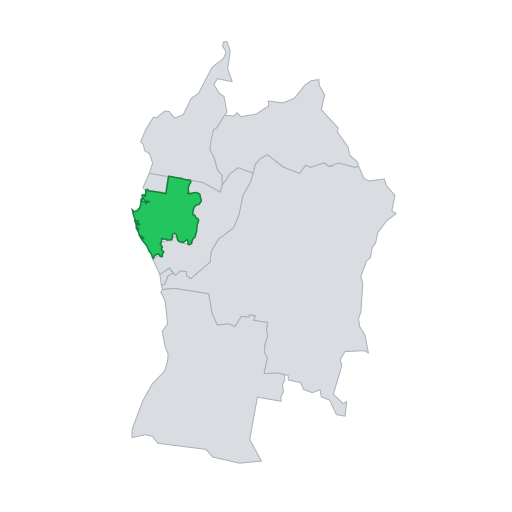 Gabon highlighted among its neighbors, rotated 9°
{"feature_id": "GAB", "entity_name": "Gabon", "entity_type": "country or territory", "adm_level": 0, "iso_a3": "GAB", "parent_name": "Africa", "parent_adm1": "", "projection": "natural_earth1", "projection_center": [11.622, -0.807], "detail": "fine", "context": "with_neighbors", "style": "filled", "palette": "green", "viewbox_px": 512, "rotation_deg": 9, "n_neighbors": 6, "source": "natural_earth", "source_scale": "50m", "svg_char_len": 7040}
<svg xmlns="http://www.w3.org/2000/svg" viewBox="0 0 512 512"><g transform="rotate(9 256 256)"><path d="M365.7,266.1L368.3,294.7L367.1,301.7L369.4,309.5L376.0,317.0L382.1,334.0L377.5,332.6L358.8,336.5L355.4,345.1L357.9,351.0L354.0,380.5L365.1,388.1L368.3,385.7L369.0,400.2L360.2,400.1L351.4,386.9L342.6,385.0L340.1,378.0L333.0,382.2L323.8,380.3L320.0,374.2L307.2,373.3L306.6,369.1L297.4,368.0L282.3,370.9L283.1,354.9L279.3,349.9L278.5,341.6L280.2,333.5L277.9,328.3L277.8,319.8L263.7,320.0L264.7,315.1L258.8,315.2L258.2,317.5L251.0,318.0L246.3,329.2L239.9,327.3L228.4,330.3L221.3,318.9L215.2,300.8L180.9,300.7L168.7,303.8L167.1,299.7L170.1,298.2L172.3,288.9L176.5,286.1L179.6,287.5L183.6,282.3L189.9,282.4L190.6,286.3L195.0,288.6L211.5,269.3L211.1,258.3L216.2,245.2L229.2,231.8L230.5,227.5L232.7,217.9L233.5,198.4L239.3,182.8L241.0,165.3L245.5,158.5L251.7,154.1L268.7,163.7L285.8,167.6L290.9,158.5L296.2,159.8L309.0,153.1L313.6,156.0L317.4,155.6L319.1,152.3L323.4,151.1L339.6,152.9L343.4,151.4L350.5,162.5L355.8,164.2L370.7,159.9L373.5,165.7L383.8,174.6L383.1,190.3L387.8,192.2L379.6,200.5L372.7,213.8L372.1,224.6L369.4,229.7L369.3,239.8L365.9,243.6L362.8,260.0L365.7,266.1Z" fill="#d9dde1" stroke="#a8b0b8" stroke-width="1"/><path d="M193.7,48.8L198.4,57.4L198.8,75.3L205.1,87.5L190.1,87.0L187.6,93.4L194.4,101.2L199.5,103.5L204.8,118.3L197.2,135.6L194.4,138.1L193.8,158.2L199.3,165.2L204.5,177.0L209.9,181.3L211.6,191.3L210.8,198.6L192.2,191.8L137.7,191.1L139.4,180.5L134.8,171.6L129.5,169.3L127.2,163.3L124.2,161.4L127.4,148.1L132.9,135.1L136.2,135.0L143.2,127.1L147.6,126.9L154.1,132.5L162.0,127.9L167.5,110.1L173.7,104.6L183.1,76.5L192.9,66.1L194.7,59.2L190.1,53.8L190.5,49.6L193.7,48.8Z" fill="#d9dde1" stroke="#a8b0b8" stroke-width="1"/><path d="M343.4,151.4L339.6,152.9L323.4,151.1L313.6,156.0L309.0,153.1L296.2,159.8L290.9,158.5L285.8,167.6L268.7,163.7L251.7,154.1L245.5,158.5L241.0,165.3L239.9,174.7L224.6,171.7L217.7,178.8L211.6,191.3L209.9,181.3L204.5,177.0L199.3,165.2L193.8,158.2L193.5,148.5L194.4,138.1L197.2,135.6L203.0,122.0L212.6,121.0L214.7,117.5L219.5,120.8L234.1,115.7L245.0,105.7L243.8,101.0L258.3,100.6L269.1,94.4L277.4,79.7L283.2,74.2L290.5,71.9L291.9,77.7L298.6,86.1L297.7,101.4L317.0,116.6L317.1,120.9L329.8,133.8L332.8,141.8L341.5,147.2L343.4,151.4Z" fill="#d9dde1" stroke="#a8b0b8" stroke-width="1"/><path d="M239.9,174.7L239.3,182.8L233.5,198.4L232.7,217.9L230.5,227.5L229.2,231.8L216.2,245.2L211.1,258.3L211.5,269.3L195.0,288.6L190.6,286.3L189.9,282.4L183.6,282.3L179.6,287.5L172.2,281.5L164.0,289.5L154.5,275.3L163.3,267.9L158.9,259.0L162.9,255.6L170.7,254.0L171.7,248.0L177.9,254.5L188.1,255.0L191.7,248.7L193.2,239.7L191.9,229.2L186.4,221.3L191.4,205.7L188.5,203.0L179.9,204.1L176.6,197.2L177.5,191.3L192.2,191.8L210.8,198.6L211.6,191.3L217.7,178.8L224.6,171.7L239.9,174.7Z" fill="#d9dde1" stroke="#a8b0b8" stroke-width="1"/><path d="M137.7,191.1L156.6,191.4L156.7,207.6L135.9,208.2L133.7,206.2L137.7,191.1Z" fill="#d9dde1" stroke="#a8b0b8" stroke-width="1"/><path d="M176.5,286.1L172.3,288.9L170.1,298.2L167.1,299.7L164.0,289.5L172.2,281.5L176.5,286.1ZM168.7,303.8L180.9,300.7L215.2,300.8L221.3,318.9L228.4,330.3L239.9,327.3L246.3,329.2L251.0,318.0L258.2,317.5L258.8,315.2L264.7,315.1L263.7,320.0L277.8,319.8L277.9,328.3L280.2,333.5L278.5,341.6L279.3,349.9L283.1,354.9L282.3,370.9L297.4,368.0L302.6,368.8L303.8,373.0L302.4,379.5L304.4,385.8L302.6,390.9L303.5,395.5L279.5,395.3L278.5,438.2L293.4,457.7L272.3,463.2L244.6,461.3L236.7,454.8L188.5,456.4L181.7,450.3L174.3,449.9L161.9,454.7L160.8,446.2L167.0,416.2L173.5,398.6L183.8,383.8L185.1,373.8L184.5,366.2L181.0,361.3L175.1,345.1L179.3,337.0L173.4,315.0L167.6,306.4L168.7,303.8Z" fill="#d9dde1" stroke="#a8b0b8" stroke-width="1"/><path d="M180.0,192.7L180.0,193.7L179.0,196.0L178.6,197.8L178.5,199.6L178.8,201.2L179.2,202.2L179.5,203.4L179.3,204.3L178.8,204.6L179.1,205.0L179.8,205.1L180.9,204.8L182.7,204.1L185.0,203.2L186.5,202.7L189.0,203.0L190.3,203.4L191.0,204.0L191.8,206.7L192.1,207.1L192.7,208.3L193.2,209.7L193.3,210.4L193.3,210.9L192.8,211.6L192.2,212.7L192.0,213.4L191.5,213.9L190.9,214.4L189.3,214.6L189.0,214.9L188.5,216.1L187.6,217.0L187.2,218.0L186.9,219.2L187.0,220.8L186.8,223.0L186.6,224.5L187.0,225.1L189.0,225.4L189.4,225.7L190.0,226.7L190.6,227.5L192.5,228.1L193.2,228.8L193.7,229.5L193.8,230.1L193.4,232.5L193.0,234.9L193.2,236.6L193.3,238.3L193.5,240.8L193.4,242.3L192.9,243.2L192.9,243.9L193.1,244.8L192.7,247.2L192.4,247.6L191.6,248.1L191.2,248.7L191.0,249.7L190.6,251.1L190.1,251.6L190.1,252.3L190.6,252.7L190.5,253.5L189.7,254.3L189.2,255.0L188.2,255.3L186.9,254.9L186.6,254.5L186.9,253.7L186.8,253.1L186.4,252.5L185.7,250.9L185.1,250.6L184.8,251.2L183.8,252.4L182.0,254.0L180.8,254.1L178.5,253.7L176.5,252.9L175.6,251.1L175.0,249.5L174.2,247.8L173.3,246.9L172.3,246.4L171.9,246.4L170.4,247.3L170.0,247.7L170.0,248.6L170.1,249.3L170.4,249.7L170.5,250.2L170.5,251.0L170.3,252.0L170.2,253.1L165.7,254.2L165.0,253.8L164.4,253.3L163.7,253.4L161.8,254.0L161.1,253.6L160.4,253.3L160.1,253.5L160.1,254.0L160.4,256.7L160.3,257.7L159.8,259.0L159.6,259.9L160.8,260.2L161.2,260.6L161.6,261.3L162.2,261.9L162.2,262.3L161.6,263.0L161.4,263.8L161.7,264.5L162.5,265.2L163.7,265.9L164.2,266.4L164.2,266.9L163.6,267.8L163.4,268.6L163.0,269.3L163.1,269.9L163.6,270.5L163.6,271.1L163.2,271.5L162.5,271.4L161.9,271.5L161.3,271.3L159.6,269.2L159.2,269.1L156.7,270.8L156.1,271.4L155.6,272.4L154.9,274.5L153.7,273.3L152.8,271.0L151.6,269.7L149.2,267.5L148.6,265.9L145.8,262.3L141.8,258.8L139.0,255.7L138.5,255.0L139.0,255.1L141.8,256.6L142.2,256.4L142.5,256.1L141.3,255.3L140.1,254.6L139.1,254.2L138.0,254.3L137.4,253.6L137.0,252.6L136.8,251.8L136.3,250.9L134.8,249.1L134.4,248.4L133.6,247.4L134.1,247.3L135.7,248.2L135.9,247.8L135.7,247.3L134.1,246.4L133.2,246.3L133.0,245.7L133.1,245.0L132.0,242.3L130.7,240.3L130.5,239.4L133.8,243.7L134.3,243.8L134.8,243.8L136.2,243.3L135.9,242.7L135.3,242.1L134.7,242.4L134.0,242.4L133.6,242.2L133.4,241.7L134.2,239.6L133.8,239.7L133.6,240.1L133.1,240.3L132.5,240.4L130.9,239.3L129.4,236.2L129.1,235.6L128.7,234.5L128.3,234.1L126.7,229.7L127.3,230.1L128.0,231.3L129.5,231.1L130.1,230.3L130.6,230.4L131.1,230.2L131.7,229.5L133.6,226.5L134.1,222.6L133.9,220.2L133.6,217.9L134.2,217.2L134.5,217.7L134.6,218.5L134.9,219.1L135.6,219.7L136.8,219.8L138.7,220.7L139.4,221.2L139.6,220.1L141.8,219.2L141.1,218.8L139.1,219.2L136.5,217.8L135.6,216.9L134.8,215.3L133.9,214.4L134.0,213.6L135.9,212.9L136.4,212.9L136.6,213.8L137.1,214.2L137.3,214.1L137.4,213.3L137.4,211.3L136.8,208.5L137.0,207.9L137.5,207.7L138.0,207.4L138.3,207.3L139.0,207.4L139.3,208.0L139.5,208.4L140.1,208.5L140.7,208.9L141.1,208.8L141.5,208.4L142.1,208.3L143.8,208.3L145.4,208.3L148.6,208.3L151.7,208.3L154.9,208.4L157.3,208.4L157.3,206.7L157.2,204.2L157.2,201.3L157.2,198.4L157.2,195.8L157.2,192.7L157.3,191.8L157.5,191.4L157.4,190.9L159.9,190.8L164.3,191.1L166.2,191.0L166.8,191.1L169.2,190.9L171.1,191.1L172.0,191.3L172.7,191.5L175.1,191.6L178.1,191.4L179.2,191.5L179.7,191.9L180.0,192.7Z" fill="#22c55e" stroke="#15803d" stroke-width="1.5"/></g></svg>